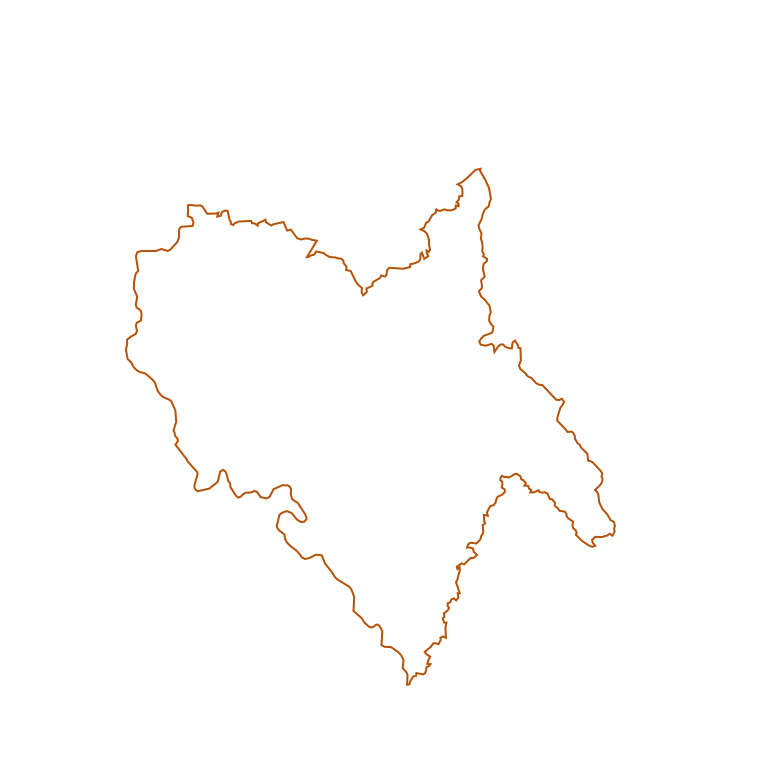 the district of Minaçu, Goiás, Brazil, rotated 140°
{"feature_id": "56859067B20779755358957", "entity_name": "Minaçu", "entity_type": "district", "adm_level": 2, "iso_a3": "BRA", "parent_name": "Brazil", "parent_adm1": "Goiás", "projection": "albers", "projection_center": [-48.381, -13.496], "detail": "fine", "context": "isolated", "style": "outline", "palette": "amber", "viewbox_px": 768, "rotation_deg": 140, "n_neighbors": 0, "source": "geoboundaries", "source_scale": "gbopen_adm2", "svg_char_len": 6166}
<svg xmlns="http://www.w3.org/2000/svg" viewBox="0 0 768 768"><g transform="rotate(140 384 384)"><path d="M257.5,254.5L257.2,258.4L260.0,259.0L262.2,261.2L263.4,281.5L265.2,283.1L266.9,286.5L267.2,293.8L269.0,297.7L268.8,301.3L269.9,308.0L268.8,311.3L264.1,314.0L256.5,323.6L257.8,325.2L256.7,327.1L255.7,333.0L258.6,333.2L263.3,329.1L265.1,330.9L267.2,334.4L267.3,337.7L269.4,339.4L273.2,339.2L278.8,337.5L275.5,342.6L275.7,345.5L281.5,348.0L284.6,351.9L283.8,355.2L280.8,356.3L276.8,356.8L268.6,353.9L266.6,354.7L263.3,357.7L263.6,360.2L262.7,365.1L259.1,368.7L256.1,370.4L252.8,376.4L252.7,384.0L253.4,388.6L251.6,394.2L247.7,394.4L245.8,396.3L242.9,401.1L237.9,401.5L234.2,408.8L230.5,411.9L226.1,412.1L224.6,413.7L226.1,418.2L224.2,419.0L223.3,422.8L220.4,425.4L217.6,429.9L216.3,433.2L212.6,436.5L211.1,442.0L209.6,444.8L202.7,447.9L199.0,450.8L195.8,452.3L193.6,452.9L189.8,452.7L185.9,455.7L183.4,456.7L177.6,466.5L175.1,475.6L173.4,485.7L171.7,486.8L176.2,489.2L187.8,488.4L194.4,488.5L199.3,489.6L197.9,486.4L198.3,483.6L200.9,480.1L203.2,477.7L205.8,479.4L208.0,477.2L211.6,476.5L211.0,474.1L212.6,472.3L214.2,474.6L216.4,472.4L220.6,473.6L223.9,476.4L225.3,478.8L229.2,480.3L231.1,481.9L231.6,484.1L234.6,481.9L238.7,482.4L245.4,479.8L248.1,480.4L252.8,477.9L256.6,478.9L254.8,475.1L254.5,472.0L255.9,467.6L257.4,464.8L259.7,462.3L262.4,457.2L264.8,456.4L265.5,458.9L267.1,456.9L267.8,453.5L272.7,454.0L270.5,460.3L272.8,459.9L276.0,456.2L279.1,455.6L283.3,456.9L286.9,458.9L288.8,456.8L295.3,460.0L305.2,469.6L308.1,469.3L312.1,466.0L314.2,465.7L316.2,468.8L319.3,467.8L326.5,469.1L328.4,468.3L329.8,466.7L336.1,468.4L338.0,465.6L342.9,465.3L342.3,468.5L339.2,471.7L340.1,477.6L339.6,481.3L336.9,491.9L339.8,495.9L337.4,497.7L337.2,502.5L336.0,504.3L336.2,507.5L338.9,510.2L339.8,512.1L344.0,516.1L345.6,520.4L346.1,523.1L350.7,529.1L354.5,528.1L357.6,529.6L359.7,529.7L361.5,530.8L343.3,536.9L346.6,540.8L348.4,543.9L351.4,546.5L354.5,547.8L356.8,551.4L356.1,562.1L359.6,563.8L356.9,572.7L366.2,577.5L368.5,577.9L370.5,583.9L369.2,586.0L377.4,588.1L378.9,586.5L379.9,590.2L381.8,592.1L380.9,594.3L390.7,601.7L395.0,603.1L397.4,602.7L398.5,605.0L397.0,606.8L396.9,608.9L392.5,617.0L394.0,618.9L397.6,619.9L401.1,617.8L404.1,619.4L400.8,621.7L403.1,622.5L410.0,628.1L409.0,637.0L410.0,639.1L412.6,640.7L417.3,645.7L419.4,647.0L421.8,643.6L426.4,638.8L424.4,634.9L426.2,630.0L429.0,628.1L438.5,634.9L441.5,634.2L446.7,628.2L451.0,625.6L461.6,624.3L464.2,625.0L467.8,630.5L473.5,632.7L484.2,641.8L488.3,643.5L491.9,641.4L499.6,628.6L502.8,628.2L504.9,626.9L509.8,622.9L514.4,617.8L516.9,609.5L523.3,604.2L524.3,601.6L523.2,597.0L524.2,594.2L525.5,592.6L529.5,588.8L534.1,589.9L536.6,588.1L539.2,583.3L542.0,581.9L547.2,583.0L552.5,583.1L554.8,579.9L559.5,576.3L564.3,568.1L563.8,563.1L565.0,557.6L564.6,553.7L563.5,550.2L560.5,546.3L559.8,544.2L558.5,535.6L558.6,532.5L561.8,524.1L562.1,519.2L561.3,515.3L558.5,509.9L558.1,507.4L560.9,497.7L567.5,488.6L575.1,483.7L575.7,481.4L577.2,479.0L577.4,474.8L578.4,472.8L582.8,471.6L583.5,454.4L584.2,450.7L583.7,436.4L585.0,434.6L593.9,428.6L595.8,426.7L596.3,423.6L595.6,421.6L585.1,416.2L574.3,415.9L565.6,422.3L562.3,421.5L561.8,418.9L562.3,416.7L565.6,409.8L565.9,406.6L567.9,403.7L569.2,393.9L568.8,390.7L565.9,389.8L563.1,390.1L560.0,389.7L555.6,386.4L552.3,385.5L550.6,383.0L551.2,376.7L547.6,371.9L544.2,371.1L536.2,374.4L526.9,371.8L523.0,368.3L522.1,365.9L523.0,362.7L526.0,359.9L528.3,355.1L527.8,351.9L526.5,348.8L526.7,346.1L528.2,334.8L528.9,332.1L530.3,330.3L533.5,329.8L536.3,331.5L537.8,336.2L537.7,344.6L540.2,349.1L542.8,350.2L545.6,351.0L548.3,350.9L557.5,344.1L558.4,341.6L558.4,339.0L557.0,332.9L559.4,328.9L560.2,325.4L559.9,320.3L558.2,313.0L558.0,306.7L558.5,304.5L557.1,300.8L553.4,298.8L545.9,297.0L541.8,292.8L544.6,284.3L544.8,274.0L545.7,267.5L545.2,263.7L540.9,251.0L541.0,247.7L543.6,240.2L553.3,229.7L551.6,219.0L552.3,213.9L551.6,208.3L550.7,206.2L548.9,204.8L544.9,204.7L543.2,203.5L543.1,200.2L544.3,195.6L553.8,185.6L552.4,182.2L547.7,177.9L545.4,169.1L545.2,165.1L546.5,160.0L552.3,154.3L552.1,148.9L552.9,146.1L559.6,138.8L557.7,137.7L554.6,139.5L549.8,141.2L547.0,139.8L545.0,141.7L540.7,136.4L538.7,136.0L535.8,137.6L533.4,139.8L530.8,138.9L528.5,139.5L530.7,141.7L528.3,143.5L523.9,145.5L525.3,150.2L525.0,152.7L517.4,152.5L513.3,153.6L511.4,152.7L509.5,149.7L505.2,151.4L503.8,153.4L501.2,152.8L499.7,149.8L493.3,158.2L489.5,161.1L491.3,162.6L489.7,166.7L487.3,166.8L485.7,169.8L481.0,169.5L478.1,170.6L477.9,173.3L475.9,175.1L473.4,174.2L470.8,175.7L468.2,174.8L467.9,171.9L464.4,172.5L462.0,176.4L460.5,175.0L456.2,185.9L453.3,187.1L445.6,192.7L444.0,194.9L446.7,195.1L445.7,197.2L439.7,196.7L438.7,194.3L429.5,195.1L427.0,193.1L422.6,193.2L423.2,197.8L421.5,200.8L423.7,203.9L425.6,205.4L422.3,207.1L419.8,206.9L415.7,202.4L410.1,203.0L407.3,205.0L404.4,205.9L402.6,207.4L399.1,212.4L396.1,212.2L395.5,214.3L391.7,219.5L389.1,216.4L387.7,219.5L381.1,222.2L377.9,220.7L374.9,221.3L371.8,223.7L369.5,224.6L365.0,223.3L361.0,223.5L359.3,225.7L360.5,229.0L357.8,231.0L356.2,233.3L356.8,235.5L355.2,237.1L352.7,237.9L351.6,235.3L349.8,234.2L348.9,232.4L346.1,231.5L342.4,231.2L340.2,230.1L338.8,225.6L340.1,222.8L339.1,220.8L339.0,216.9L341.7,215.8L339.0,213.4L340.1,210.7L339.4,208.1L341.6,206.9L338.6,204.5L334.0,203.3L334.3,201.3L332.6,199.0L330.5,197.8L329.2,194.8L330.9,189.2L329.4,187.8L329.3,183.3L331.4,181.0L330.7,177.1L331.0,173.9L327.5,170.0L327.8,167.0L329.1,165.5L329.2,162.6L327.6,156.9L330.2,154.9L331.8,152.1L331.2,149.0L331.9,146.3L333.9,145.2L333.1,136.1L330.4,127.3L328.8,125.3L326.2,124.3L326.1,128.2L324.8,130.9L320.4,131.1L315.5,126.8L310.5,124.5L307.3,124.1L306.6,121.0L302.2,122.7L300.7,125.3L298.3,126.9L296.5,130.6L297.9,133.9L296.8,140.5L297.0,148.0L295.2,154.9L291.0,161.4L290.1,164.5L290.6,167.1L282.5,167.8L279.3,169.1L277.7,170.8L276.8,173.4L274.4,174.9L273.9,177.7L274.5,189.7L275.4,192.2L276.9,193.9L273.1,199.8L273.9,208.8L273.1,211.9L273.8,214.0L273.1,218.5L271.1,222.0L270.4,225.2L271.0,227.1L274.3,229.3L274.0,232.2L274.9,244.6L272.3,247.2L264.1,252.5L261.2,253.0L257.5,254.5Z" fill="none" stroke="#b45309" stroke-width="2"/></g></svg>